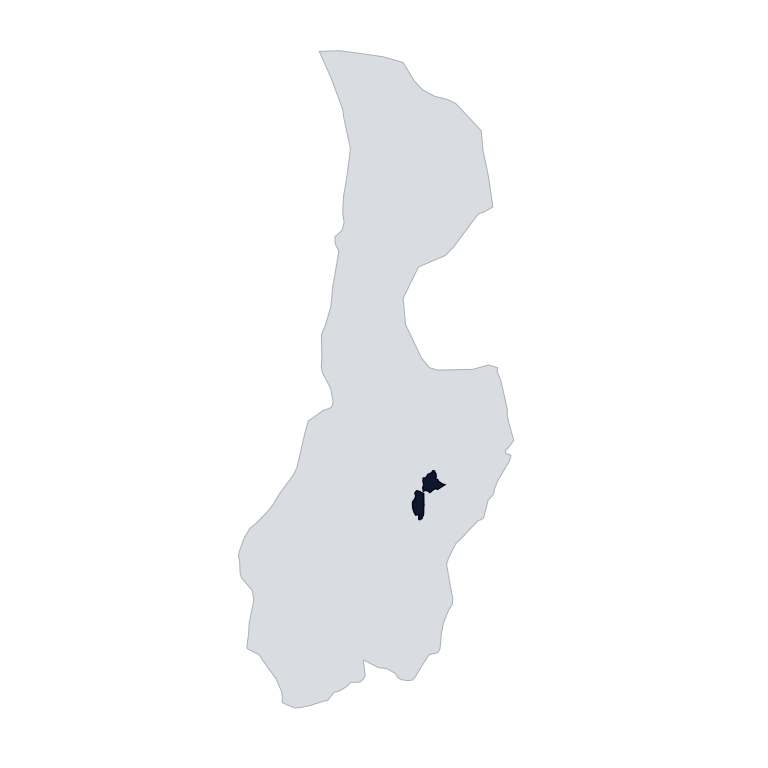 Raunas highlighted on a map of Latvia, rotated 94°
{"feature_id": "LVA-5799", "entity_name": "Raunas", "entity_type": "Municipality", "adm_level": 1, "iso_a3": "LVA", "parent_name": "Latvia", "parent_adm1": "", "projection": "equal_earth", "projection_center": [25.779, 57.325], "detail": "fine", "context": "in_parent", "style": "filled", "palette": "ink", "viewbox_px": 768, "rotation_deg": 94, "n_neighbors": 0, "source": "natural_earth", "source_scale": "10m", "svg_char_len": 2611}
<svg xmlns="http://www.w3.org/2000/svg" viewBox="0 0 768 768"><g transform="rotate(94 384 384)"><path d="M566.4,517.3L561.7,516.8L548.6,513.2L537.6,507.9L530.9,500.9L519.5,491.3L512.0,486.4L500.3,480.3L480.7,467.8L473.6,465.0L438.8,459.5L426.3,457.1L414.8,443.0L411.1,434.8L405.4,433.4L399.2,435.1L392.5,436.7L376.8,446.3L371.7,447.7L362.0,447.8L339.3,449.9L329.0,446.4L311.2,442.6L301.5,442.0L292.9,442.1L254.7,438.3L247.7,442.4L240.6,443.2L233.9,436.8L225.5,435.0L216.1,437.2L199.0,437.4L178.8,435.4L153.1,433.9L149.3,434.5L120.4,442.9L113.3,444.2L81.8,458.4L56.7,471.8L54.6,450.5L57.6,408.1L62.0,387.3L79.4,375.1L88.2,365.7L93.6,353.1L95.5,341.5L99.2,332.0L124.6,304.6L144.0,301.6L170.4,294.1L199.8,287.8L205.2,295.8L207.9,301.9L242.7,324.3L251.5,331.8L264.7,357.7L297.2,370.9L323.1,366.7L334.4,360.3L355.2,348.6L364.5,340.0L366.4,331.7L363.2,296.4L357.8,281.2L359.8,271.7L363.4,272.2L372.2,267.7L400.8,259.2L406.5,258.8L413.1,257.1L431.1,250.7L436.9,254.1L441.7,258.0L444.3,258.0L445.6,256.6L445.3,254.1L446.6,252.3L451.7,253.3L472.6,263.8L480.6,266.3L486.1,267.0L492.6,272.0L510.5,275.3L512.6,277.8L514.0,281.0L530.7,294.5L538.3,301.3L553.2,307.5L559.6,309.0L585.5,302.6L592.7,300.4L598.7,300.4L604.9,303.7L618.8,308.2L631.5,309.6L633.8,309.3L644.5,309.7L648.2,311.5L650.8,320.1L663.1,326.9L674.5,332.6L677.4,335.2L678.3,340.2L677.7,346.1L676.3,349.2L671.7,352.7L667.7,361.6L667.2,370.1L660.9,384.8L662.4,385.1L676.1,382.4L680.0,384.0L683.0,387.2L684.1,396.5L688.7,400.6L693.4,407.2L694.9,412.2L703.8,418.3L704.6,422.2L710.2,436.1L712.4,444.1L713.4,450.3L710.9,458.2L708.7,463.5L705.9,463.2L698.1,464.6L685.7,471.1L667.4,486.3L662.7,489.6L658.0,501.2L656.8,502.4L646.0,501.9L643.0,501.6L632.2,501.8L608.5,498.8L599.4,500.8L587.4,512.6L582.8,514.3L568.8,515.9L566.4,517.3Z" fill="#d9dde1" stroke="#a8b0b8" stroke-width="1"/><path d="M480.3,316.3L481.2,317.6L485.4,323.3L484.6,325.2L486.1,327.7L488.8,330.3L489.0,331.2L487.8,331.5L487.5,332.3L487.7,333.0L487.1,334.8L487.5,336.1L488.2,337.2L484.9,338.1L481.4,337.3L478.5,338.3L475.1,338.3L474.9,336.1L473.2,334.9L471.0,333.8L470.3,332.1L469.0,330.2L467.2,329.3L467.1,327.8L470.2,325.9L472.9,325.5L475.3,325.9L475.6,323.8L477.4,322.8L479.6,319.0L480.3,316.3ZM510.6,335.5L512.5,335.8L513.9,336.5L515.3,336.7L516.7,338.3L516.7,339.8L515.8,340.0L512.7,340.0L512.1,340.3L511.8,340.6L512.6,343.2L510.4,344.7L506.4,346.5L501.7,347.2L499.5,347.2L497.7,345.9L494.9,344.7L493.1,344.6L490.6,345.6L488.2,344.0L488.9,340.6L489.6,339.4L490.5,336.8L500.5,336.0L501.5,335.7L502.7,335.7L503.3,335.9L510.6,335.5Z" fill="#0f172a" stroke="#020617" stroke-width="1.5"/></g></svg>